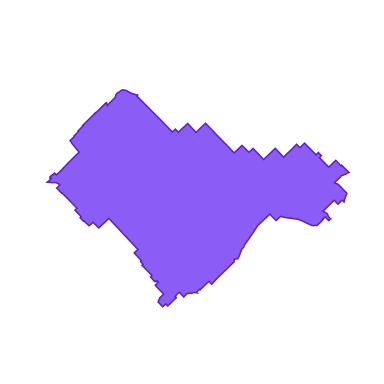 outline of Orange, New South Wales, Australia, rotated 306°
{"feature_id": "25037944B16030223882467", "entity_name": "Orange", "entity_type": "district", "adm_level": 2, "iso_a3": "AUS", "parent_name": "Australia", "parent_adm1": "New South Wales", "projection": "orthographic", "projection_center": [149.098, -33.328], "detail": "fine", "context": "isolated", "style": "filled", "palette": "violet", "viewbox_px": 384, "rotation_deg": 306, "n_neighbors": 0, "source": "geoboundaries", "source_scale": "gbopen_adm2", "svg_char_len": 4594}
<svg xmlns="http://www.w3.org/2000/svg" viewBox="0 0 384 384"><g transform="rotate(306 192 192)"><path d="M300.1,307.5L300.4,305.7L301.0,301.3L301.7,297.3L300.7,297.1L301.5,292.9L302.1,289.7L292.5,288.0L293.3,283.3L294.8,275.0L294.8,274.9L297.5,275.4L298.2,271.0L295.5,270.7L295.4,270.7L295.5,270.3L295.0,270.2L295.6,266.9L297.7,254.3L292.8,253.5L291.4,253.1L292.1,248.6L281.0,246.8L280.8,246.7L274.0,245.6L274.1,245.4L276.3,233.7L265.9,231.9L265.6,231.8L260.4,230.9L263.2,215.8L257.6,214.8L259.1,205.1L257.9,204.8L248.4,203.1L248.4,202.8L249.4,197.7L249.7,196.3L250.7,190.5L252.8,177.7L253.5,174.2L255.6,162.6L251.4,161.7L242.6,160.3L244.9,148.2L232.4,145.8L233.1,141.6L229.0,140.9L230.9,130.1L232.0,123.8L232.0,123.6L232.9,117.8L234.5,107.8L234.6,107.3L235.7,100.3L236.6,95.1L237.2,90.9L238.5,91.0L238.1,90.2L237.1,87.5L236.6,86.0L236.5,85.4L236.1,84.3L235.6,79.4L234.5,77.0L233.9,75.8L232.6,75.0L230.8,74.5L229.4,73.9L228.8,73.7L228.0,73.3L227.7,73.3L226.0,73.3L223.5,74.3L216.1,73.1L214.0,72.8L212.3,72.6L212.2,72.6L212.3,72.4L212.5,72.2L212.7,71.9L212.8,71.7L213.1,71.5L213.2,71.4L213.3,71.3L213.3,71.2L213.5,71.1L213.7,70.9L213.8,70.8L213.9,70.7L214.0,70.6L214.0,70.4L213.9,70.3L213.9,70.1L213.7,70.0L198.6,67.5L198.8,67.2L198.3,67.2L198.0,67.1L181.4,64.4L181.3,65.0L178.9,64.6L176.8,64.3L176.4,64.2L174.4,63.9L174.3,64.6L167.9,63.6L167.7,63.9L167.2,64.1L162.1,63.1L161.9,63.1L160.8,66.2L159.9,69.5L159.7,70.4L159.6,70.6L159.0,72.5L158.6,74.2L158.5,75.0L158.3,75.8L157.9,77.3L151.7,76.2L151.3,76.1L145.5,75.2L145.4,75.2L141.8,74.6L140.6,74.4L140.6,74.6L136.3,73.9L135.5,73.7L135.5,73.9L130.9,73.1L126.1,72.3L126.5,69.5L125.7,69.3L125.2,69.5L124.5,69.6L123.8,68.9L122.3,68.6L121.3,68.2L120.3,68.3L120.2,68.4L120.3,68.4L120.3,68.5L120.3,68.8L120.3,69.0L120.3,69.3L120.3,69.5L120.3,69.8L120.3,70.0L120.2,70.2L120.2,70.3L115.9,69.5L115.7,69.3L114.7,69.1L116.1,71.2L116.4,71.8L116.9,72.7L118.6,75.0L119.3,76.1L119.7,76.8L120.0,78.1L120.2,79.3L120.1,79.9L119.9,79.9L119.9,80.9L115.6,80.2L115.6,80.4L114.4,87.2L114.9,87.2L114.6,88.8L112.8,99.6L111.9,104.5L111.3,108.4L110.2,108.2L108.5,107.9L108.4,108.6L106.9,116.9L105.4,116.6L104.5,121.4L105.1,121.6L104.5,125.7L104.3,127.1L104.2,127.9L104.1,128.5L106.5,129.2L109.3,129.7L108.1,137.7L117.4,139.5L117.6,139.5L121.7,140.3L121.3,142.8L121.1,143.6L120.8,144.9L120.8,145.1L119.3,153.3L119.2,153.5L117.4,162.7L116.7,166.7L116.6,166.9L116.0,170.0L115.5,172.8L113.8,181.8L113.8,182.0L108.7,181.0L106.6,191.6L105.4,191.3L104.7,194.8L103.3,194.6L100.9,208.7L98.9,208.3L98.7,209.6L97.8,213.0L97.8,213.4L97.6,214.4L97.6,214.5L98.1,214.7L98.4,214.7L98.5,214.7L98.3,215.7L99.5,216.0L99.2,217.8L96.5,217.3L95.0,217.1L94.8,217.2L94.4,219.5L92.8,229.1L92.4,229.0L87.2,228.1L87.2,228.4L86.2,228.7L85.1,228.5L83.1,229.3L82.9,230.3L81.9,235.8L86.0,236.5L85.5,239.4L94.7,241.0L97.3,241.5L97.5,241.0L97.5,239.8L97.7,239.6L99.7,240.0L100.0,240.0L103.4,240.6L102.8,243.6L102.2,247.1L107.3,247.8L107.3,248.0L107.4,248.5L107.8,248.7L108.1,249.1L108.7,249.6L109.0,249.8L109.2,250.0L109.3,250.4L109.5,250.8L109.6,251.0L109.8,251.3L110.1,251.4L110.6,251.5L110.8,251.6L110.9,251.8L111.0,251.8L111.3,252.0L111.5,252.2L111.6,252.4L111.6,252.5L111.8,252.7L111.8,252.8L112.0,253.0L112.2,253.3L112.4,253.4L112.4,253.5L112.5,253.6L112.6,253.9L112.7,254.1L112.8,254.2L112.8,254.3L113.0,254.5L113.2,254.8L113.3,255.0L113.4,255.3L113.5,255.5L113.7,254.7L114.8,254.9L115.0,254.9L117.8,255.4L117.6,256.1L129.5,258.1L129.0,262.2L129.9,262.2L132.1,262.6L133.5,262.7L134.6,262.7L141.5,263.8L149.7,265.3L154.3,266.1L157.4,266.6L159.6,267.1L160.5,266.9L160.8,266.7L161.3,266.4L162.1,265.8L162.4,266.0L163.5,266.7L164.5,268.0L165.0,268.3L167.7,267.9L173.3,266.3L173.5,266.3L175.3,265.8L177.2,266.3L180.2,265.6L185.6,265.6L190.1,265.5L193.4,265.4L195.7,265.4L203.2,264.9L203.4,264.9L211.8,266.5L219.8,268.0L219.1,272.0L218.3,276.7L218.5,276.9L221.8,277.5L224.4,278.0L225.0,279.7L225.2,280.4L225.9,281.9L230.8,291.1L231.6,292.6L231.9,293.0L232.1,293.7L232.4,294.4L232.6,295.1L232.7,295.5L233.1,297.0L235.1,307.7L235.3,308.4L235.5,308.8L235.8,309.4L236.2,310.0L237.9,312.0L238.3,312.7L238.5,313.1L239.1,313.0L239.4,313.0L240.6,313.2L240.8,313.3L246.7,314.3L246.8,313.7L250.1,314.4L249.2,319.5L251.8,320.0L251.7,318.9L252.4,316.7L253.8,314.6L254.0,312.8L253.7,311.4L253.6,310.9L253.4,309.2L253.6,309.3L268.9,311.9L267.9,317.2L273.7,318.3L273.3,320.9L275.9,319.8L279.0,318.9L282.0,318.1L284.2,305.5L284.0,304.9L284.0,304.7L283.6,303.9L283.3,303.2L283.3,302.1L283.3,301.9L291.1,303.2L292.5,303.1L297.1,306.0L299.9,307.3L300.1,307.5Z" fill="#8b5cf6" stroke="#5b21b6" stroke-width="1.5"/></g></svg>